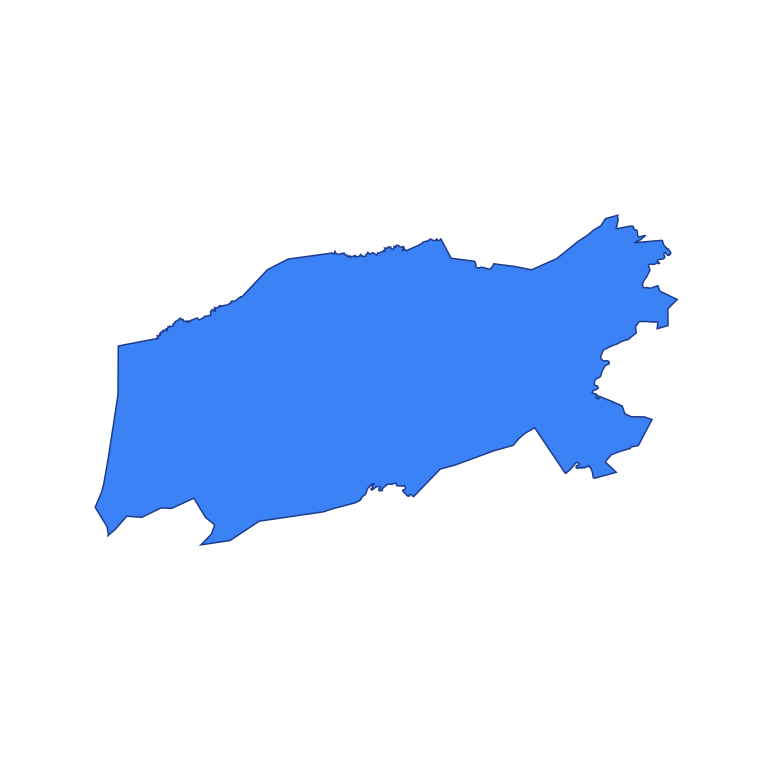 the district of San Miguel Totolapan, Guerrero, Mexico, rotated 75°
{"feature_id": "50627088B56335708263076", "entity_name": "San Miguel Totolapan", "entity_type": "district", "adm_level": 2, "iso_a3": "MEX", "parent_name": "Mexico", "parent_adm1": "Guerrero", "projection": "equal_earth", "projection_center": [-100.327, 17.847], "detail": "fine", "context": "isolated", "style": "filled", "palette": "blue", "viewbox_px": 768, "rotation_deg": 75, "n_neighbors": 0, "source": "geoboundaries", "source_scale": "gbopen_adm2", "svg_char_len": 6124}
<svg xmlns="http://www.w3.org/2000/svg" viewBox="0 0 768 768"><g transform="rotate(75 384 384)"><path d="M509.3,154.3L487.7,134.3L483.1,141.1L479.7,153.7L475.0,159.1L466.9,159.6L460.0,168.1L450.9,180.2L452.2,180.5L453.0,180.0L453.3,180.4L453.7,180.3L453.6,181.3L451.9,182.8L451.7,182.9L449.8,181.0L448.4,181.9L446.8,185.1L446.5,185.2L444.7,183.9L444.0,179.3L443.4,178.1L441.2,178.3L440.0,180.4L439.2,180.8L437.1,180.4L434.8,179.1L433.5,176.4L433.5,174.4L432.9,173.2L431.5,172.0L428.6,170.4L423.8,165.9L423.0,163.3L423.0,161.7L422.0,161.0L421.0,160.8L419.6,161.7L419.2,162.6L418.7,165.4L418.0,166.6L415.8,167.7L414.6,167.9L413.3,167.5L408.5,163.6L407.4,161.9L407.4,159.7L406.9,158.5L406.4,155.4L405.8,151.2L405.6,147.7L404.6,144.7L404.2,141.9L404.5,141.4L403.8,139.1L404.3,138.4L404.4,137.1L399.9,127.1L393.8,126.2L389.7,121.4L391.6,114.2L393.4,109.4L395.1,103.4L401.3,105.9L401.1,94.5L384.8,90.4L378.3,78.9L365.6,93.6L359.9,94.0L360.5,101.7L359.0,104.7L358.4,108.0L357.1,108.6L355.7,108.7L354.3,108.4L351.7,106.5L348.5,102.6L343.3,98.0L342.2,97.6L337.2,97.8L336.9,96.6L338.3,92.5L338.2,90.5L337.7,89.2L337.9,88.4L338.9,87.5L338.7,86.7L337.7,87.0L336.2,88.2L335.4,87.9L334.8,86.9L335.5,83.0L334.8,80.3L333.6,79.9L331.1,80.2L329.8,79.3L329.9,78.4L330.4,77.9L332.4,77.2L333.2,76.4L333.4,75.2L332.6,73.6L331.6,73.1L330.5,73.2L327.9,74.4L327.3,74.2L325.8,76.4L324.9,76.1L324.4,76.9L323.7,77.2L321.0,78.0L317.8,77.9L317.1,78.6L312.3,105.6L311.0,98.7L308.2,92.7L308.0,96.3L308.1,99.2L307.4,100.2L306.4,100.6L301.9,99.8L301.1,100.3L300.7,100.2L299.9,101.7L298.4,103.0L297.6,102.3L296.7,102.3L295.8,102.9L295.2,105.4L294.2,119.5L285.7,115.2L282.5,115.1L281.5,114.5L281.6,127.3L287.3,133.6L289.6,141.9L292.8,148.5L296.5,159.6L307.6,184.8L311.9,212.0L304.4,227.1L296.3,246.8L298.5,248.7L299.7,250.4L300.5,252.2L296.9,258.5L296.3,260.3L296.5,261.3L296.0,263.8L293.9,265.2L292.7,264.3L291.4,264.3L290.5,264.6L289.4,264.5L288.6,265.5L279.9,286.6L258.6,291.5L259.4,292.9L259.8,294.7L257.7,295.4L257.7,295.9L258.6,296.7L258.7,297.6L257.7,299.8L256.8,300.8L256.3,300.9L256.1,301.5L256.9,304.4L257.6,304.9L256.8,306.8L257.2,307.9L257.1,309.9L258.6,311.8L258.3,313.5L258.9,314.1L260.7,326.2L261.3,326.3L261.5,327.5L260.2,328.2L259.6,329.5L259.5,330.3L260.1,331.0L259.9,331.5L259.3,331.5L259.1,330.4L258.6,330.1L258.8,329.4L257.4,329.3L256.2,329.7L256.0,330.5L256.6,331.1L255.9,332.9L254.6,333.6L253.4,334.9L253.4,336.8L254.8,337.2L253.8,338.8L256.2,339.6L256.2,340.6L254.8,342.2L253.4,342.0L252.7,344.7L253.8,345.7L252.8,348.2L254.5,348.0L255.4,348.8L255.9,348.9L255.9,349.6L255.0,349.8L256.0,351.2L255.7,353.3L256.3,354.1L256.4,355.4L255.7,356.2L257.5,357.2L257.4,358.1L255.1,359.8L254.3,360.9L254.5,362.5L255.1,363.9L252.7,365.5L253.9,366.3L253.9,367.1L254.7,368.1L255.8,368.6L255.9,369.3L255.2,370.6L255.0,372.2L252.8,372.8L252.9,373.3L254.0,374.2L254.3,378.1L253.1,378.6L252.5,378.3L252.3,379.1L252.9,379.8L252.4,381.9L253.2,383.6L253.0,384.0L251.4,383.8L251.2,384.4L251.5,386.2L251.1,386.6L249.8,386.4L249.3,388.3L248.8,388.6L247.5,388.3L247.1,389.4L247.5,390.5L246.7,391.5L247.2,393.4L247.2,394.3L245.5,396.6L243.3,397.1L245.4,398.5L245.3,399.1L244.4,399.7L244.0,400.6L238.5,444.4L243.5,467.2L263.1,498.8L262.5,500.1L263.5,500.9L263.3,502.1L264.0,503.1L265.4,506.9L264.7,508.9L264.7,509.8L265.2,510.9L266.1,510.9L266.6,511.5L266.3,512.4L266.9,514.1L267.1,515.8L267.1,516.6L266.6,517.5L266.8,519.6L265.8,522.3L266.0,522.6L266.5,521.8L267.1,521.8L266.7,523.9L267.2,526.6L266.3,528.0L268.3,528.3L269.5,527.8L270.0,528.0L269.8,528.8L268.0,530.0L267.7,530.6L268.6,530.6L268.9,532.7L272.8,533.7L272.4,538.7L272.1,539.1L272.7,539.4L272.6,540.7L273.7,541.9L273.5,542.9L274.1,544.0L274.2,545.5L274.1,546.1L272.1,547.0L271.9,548.1L272.6,554.1L273.3,554.8L273.7,556.1L273.5,556.5L272.9,556.0L272.5,556.2L272.4,557.3L273.3,558.1L273.2,558.5L272.0,558.9L271.8,560.8L270.4,561.5L269.7,561.4L269.4,562.9L268.0,563.2L267.7,564.6L269.0,565.8L269.1,566.5L269.0,567.3L269.5,567.8L269.7,569.7L270.5,569.8L271.1,570.5L271.5,572.4L272.7,572.3L273.5,572.7L273.4,574.3L272.7,575.8L273.5,575.9L273.5,576.3L272.7,577.7L274.0,578.4L274.3,578.8L274.3,579.8L275.3,579.1L276.2,579.6L276.2,580.5L275.3,581.2L275.0,582.6L275.7,583.1L275.3,584.1L276.5,584.2L276.8,584.5L277.0,585.3L276.3,585.6L276.2,586.0L276.5,586.5L277.8,588.0L278.7,587.3L279.0,587.5L279.5,588.8L278.7,589.9L278.7,590.6L279.5,590.4L280.4,591.0L281.4,590.6L278.5,630.8L325.7,643.8L382.6,668.8L408.1,680.6L415.1,684.6L428.3,694.9L449.8,688.5L457.1,689.0L459.0,689.8L454.8,681.1L445.1,666.7L450.1,652.5L446.0,631.3L449.2,621.4L445.1,597.2L466.8,590.9L476.3,584.0L484.4,589.7L492.0,602.5L495.3,573.1L484.2,540.0L491.8,475.4L491.2,465.7L491.3,442.3L490.9,441.1L490.6,438.5L489.3,435.8L488.1,435.6L487.9,434.6L486.9,433.5L486.2,431.2L484.3,429.1L482.1,428.1L481.2,427.0L480.4,426.6L479.4,424.3L477.6,422.1L477.5,421.0L477.7,419.8L478.2,419.6L479.2,421.9L480.3,421.7L481.0,421.9L481.6,422.6L481.7,423.5L482.0,423.8L483.1,423.4L483.3,423.1L483.2,422.4L481.4,418.6L481.7,415.9L482.0,415.0L482.9,414.2L483.6,414.2L483.8,415.7L484.9,416.6L485.4,416.5L486.4,415.3L486.4,413.1L484.7,412.5L484.1,411.7L482.3,407.7L481.7,405.8L482.9,402.6L482.8,400.9L482.6,400.1L482.7,398.7L483.4,397.7L485.0,398.2L485.6,397.9L486.4,395.9L486.6,394.5L487.3,393.3L487.7,390.6L489.5,390.1L491.3,391.0L491.3,392.8L491.6,393.5L492.2,393.5L492.8,392.9L493.5,393.1L495.8,391.4L497.6,390.7L498.5,389.9L498.8,389.1L498.5,388.1L497.5,388.0L497.4,387.3L498.1,386.0L498.7,385.5L500.4,384.9L500.4,384.5L480.7,351.7L480.7,336.6L476.9,294.6L476.7,275.1L471.6,267.7L468.1,260.6L465.2,249.8L517.2,232.0L516.8,230.4L515.1,226.7L511.2,220.8L510.4,220.0L509.8,218.3L509.9,217.5L510.3,216.7L512.2,216.3L512.7,217.5L512.6,219.0L513.1,219.5L513.9,219.6L514.1,220.0L514.9,219.9L515.7,218.2L515.1,217.4L515.8,216.3L515.4,215.4L516.3,215.0L516.2,213.3L516.7,212.8L516.2,212.6L516.8,211.1L516.4,210.5L516.5,208.2L515.7,207.6L516.5,207.1L518.2,206.5L518.6,205.9L520.5,206.0L522.3,205.5L528.6,206.1L529.5,205.1L529.4,182.5L516.5,190.5L511.2,182.9L510.2,173.4L510.0,162.9L508.7,162.1L509.3,154.3Z" fill="#3b82f6" stroke="#1e3a8a" stroke-width="1.5"/></g></svg>